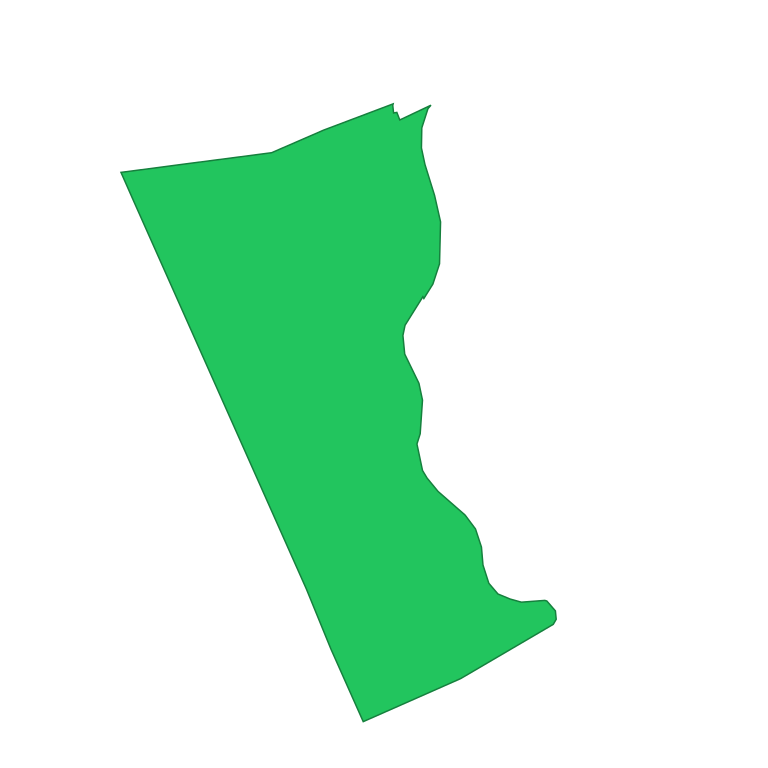 outline of Brooke, West Virginia, United States of America, rotated 156°
{"feature_id": "52423323B34331419978033", "entity_name": "Brooke", "entity_type": "district", "adm_level": 2, "iso_a3": "USA", "parent_name": "United States of America", "parent_adm1": "West Virginia", "projection": "mercator", "projection_center": [-80.613, 40.28], "detail": "fine", "context": "isolated", "style": "filled", "palette": "green", "viewbox_px": 768, "rotation_deg": 156, "n_neighbors": 0, "source": "geoboundaries", "source_scale": "gbopen_adm2", "svg_char_len": 789}
<svg xmlns="http://www.w3.org/2000/svg" viewBox="0 0 768 768"><g transform="rotate(156 384 384)"><path d="M327.1,95.6L322.4,99.0L319.7,107.0L323.5,119.5L325.1,120.9L347.2,128.8L356.3,136.3L365.3,145.8L369.3,159.3L367.2,178.4L361.3,195.4L359.4,214.2L359.4,214.4L363.2,231.2L378.3,263.8L382.9,280.5L384.0,289.3L378.3,315.8L371.2,323.8L355.4,353.6L351.8,370.4L352.9,402.9L347.0,420.6L340.9,429.1L313.0,447.9L312.8,445.9L298.7,455.4L284.4,471.2L266.4,509.1L261.1,535.7L257.3,567.9L253.8,584.4L245.3,602.6L231.9,617.6L227.7,619.6L262.2,618.8L261.8,626.9L265.0,627.7L262.7,634.9L261.7,636.2L336.0,640.5L392.6,641.0L472.8,664.9L538.2,684.3L538.3,651.7L538.3,256.5L538.3,228.1L540.3,163.3L540.3,85.9L540.3,84.0L433.8,83.7L327.1,95.6Z" fill="#22c55e" stroke="#15803d" stroke-width="1.5"/></g></svg>